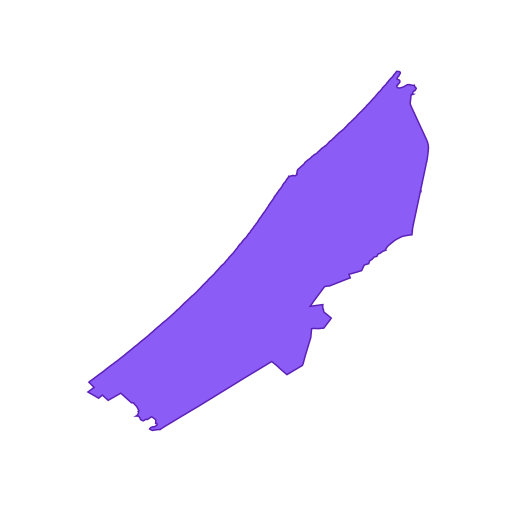 the district of Carnikavas pag., Carnikavas, Latvia, rotated 346°
{"feature_id": "27541924B94741323033452", "entity_name": "Carnikavas pag.", "entity_type": "district", "adm_level": 2, "iso_a3": "LVA", "parent_name": "Latvia", "parent_adm1": "Carnikavas", "projection": "equal_earth", "projection_center": [24.255, 57.126], "detail": "fine", "context": "isolated", "style": "filled", "palette": "violet", "viewbox_px": 512, "rotation_deg": 346, "n_neighbors": 0, "source": "geoboundaries", "source_scale": "gbopen_adm2", "svg_char_len": 6086}
<svg xmlns="http://www.w3.org/2000/svg" viewBox="0 0 512 512"><g transform="rotate(346 256 256)"><path d="M440.0,111.9L437.2,110.8L435.8,111.9L435.2,112.5L434.2,113.1L433.4,113.6L432.7,114.4L431.9,115.0L431.6,115.3L431.3,115.5L430.8,115.7L428.5,117.1L428.1,117.5L427.4,117.9L426.6,118.6L424.9,119.7L424.7,120.0L423.1,121.3L421.5,122.1L421.1,122.4L420.6,122.8L419.9,123.1L419.3,123.6L418.5,124.4L416.2,126.1L415.6,126.3L414.6,126.9L411.1,129.4L410.1,130.3L409.1,130.8L402.7,135.1L401.4,135.9L399.7,136.8L398.5,138.0L397.1,138.7L396.6,138.9L395.6,139.7L394.6,140.2L393.5,141.1L392.3,141.6L390.2,142.8L390.0,143.0L388.3,144.0L387.0,145.0L386.1,145.6L385.2,146.0L383.7,146.9L383.2,147.3L382.0,147.8L381.7,148.1L380.4,148.9L380.0,149.1L378.2,149.9L373.9,152.8L372.9,153.3L372.7,153.5L371.7,154.2L366.5,156.5L365.7,156.9L365.0,157.5L363.5,158.2L361.2,159.6L360.9,159.9L359.5,160.5L358.2,161.4L357.7,161.7L354.9,162.8L354.0,163.5L351.5,165.2L349.9,165.9L349.3,166.0L348.7,166.5L347.5,166.8L346.9,167.1L345.7,167.5L345.2,167.9L344.4,168.3L344.0,168.6L343.2,169.0L342.4,169.6L341.9,169.7L341.3,170.0L341.0,170.3L339.5,171.2L336.9,171.8L335.6,172.6L334.5,172.9L334.0,173.3L332.1,174.4L330.9,174.9L329.0,175.6L327.4,176.5L326.8,176.7L325.9,177.3L325.0,178.2L324.4,178.6L323.6,179.1L322.0,179.7L321.6,180.0L319.1,181.4L317.6,182.1L316.8,183.0L316.3,184.1L316.2,184.5L316.0,185.0L315.6,185.4L315.6,185.7L315.4,186.0L315.6,186.7L315.5,186.9L313.2,187.6L312.6,187.4L312.2,187.2L311.7,186.8L311.5,186.7L311.3,186.8L310.5,187.0L309.6,186.7L309.0,186.7L308.4,186.8L307.6,187.1L307.4,187.1L307.2,186.6L306.0,187.8L305.2,188.5L304.5,188.9L304.5,189.1L304.0,189.4L303.4,190.0L303.3,190.3L302.8,190.8L302.4,190.9L302.2,191.1L302.1,191.5L301.1,191.8L300.2,192.6L299.5,193.1L299.0,193.8L298.8,194.0L298.6,194.3L298.2,194.6L297.5,195.4L297.0,195.7L296.2,196.5L295.6,196.9L295.2,197.1L294.1,197.9L292.9,199.1L292.7,199.2L292.6,199.4L291.9,199.9L291.6,200.0L291.1,200.7L290.5,201.1L290.2,201.5L289.4,201.8L289.2,202.2L288.9,202.5L288.2,202.8L287.9,203.3L287.7,203.7L285.1,206.1L283.2,207.6L281.5,209.2L280.7,209.7L280.5,210.1L279.3,211.4L278.4,212.0L277.7,212.8L276.8,213.5L275.4,215.0L274.4,215.5L273.7,216.3L272.9,216.8L270.8,218.8L270.6,219.1L269.3,219.9L268.4,220.7L267.3,221.7L266.9,222.3L266.1,222.9L265.5,223.7L265.1,223.9L263.6,225.0L263.4,225.4L262.1,226.2L261.2,227.0L260.4,227.6L260.2,228.0L259.8,228.4L259.0,228.8L257.9,229.8L256.8,230.5L256.6,230.9L255.9,231.6L254.3,232.5L254.0,232.9L253.2,233.5L250.9,235.6L250.0,236.0L248.6,236.9L247.3,237.8L246.5,238.3L246.2,238.5L246.0,239.0L245.4,239.4L244.9,239.9L243.4,240.5L243.1,240.7L242.3,241.5L241.6,241.8L241.2,242.4L240.3,243.1L240.2,243.3L239.3,244.1L238.8,244.3L234.7,247.6L233.9,248.1L233.3,248.4L230.2,250.4L229.3,250.9L228.8,251.6L228.3,252.0L226.8,252.9L225.8,253.7L225.1,254.0L224.3,254.8L222.8,255.8L220.9,256.7L219.9,257.3L218.9,257.8L218.7,258.1L217.9,258.7L217.1,259.1L216.5,259.7L215.1,260.5L212.0,262.6L211.3,263.2L208.9,264.6L203.9,267.4L203.1,268.3L201.8,268.9L199.2,270.5L198.8,270.8L198.1,271.1L193.2,274.3L191.4,275.3L190.4,276.1L189.7,276.5L187.3,277.8L185.9,278.7L184.5,279.2L181.6,280.8L178.7,282.5L178.4,282.7L175.6,284.1L168.4,288.5L166.6,289.3L163.4,291.2L153.6,296.4L149.7,298.1L144.8,300.7L143.6,301.2L139.0,303.6L137.9,304.3L137.3,304.5L136.9,304.8L136.0,305.1L131.6,307.5L126.3,310.0L124.7,310.6L119.0,313.5L116.3,314.6L113.6,316.0L106.2,319.4L105.4,319.9L101.4,321.7L100.2,322.2L98.5,323.0L96.6,323.9L93.3,325.2L90.9,326.3L89.7,326.7L85.3,328.6L79.4,331.3L76.6,332.4L74.4,333.3L72.4,334.2L70.1,335.1L67.9,336.1L64.9,337.2L63.3,338.0L65.1,340.9L67.1,344.3L60.0,347.3L61.3,348.6L64.8,351.9L65.5,352.6L68.9,355.9L73.3,353.8L77.6,360.3L91.6,356.4L99.6,368.2L101.9,369.0L101.9,369.7L102.1,370.0L102.5,370.8L103.8,373.1L105.0,377.8L104.0,378.2L104.3,379.3L103.2,380.9L101.7,382.1L100.9,382.3L103.4,383.0L104.2,385.1L104.4,386.7L105.7,388.1L107.1,388.7L107.6,388.4L108.5,388.2L109.3,387.7L111.1,388.4L115.8,386.7L117.0,388.0L118.4,389.7L119.1,390.9L118.1,394.2L118.9,394.6L119.4,395.3L118.9,396.2L116.2,397.1L114.2,396.7L112.1,397.1L110.9,398.1L111.4,398.7L113.3,400.2L117.9,400.6L121.3,401.2L122.1,400.7L125.7,399.5L144.5,393.7L165.4,387.4L200.4,376.3L214.2,371.9L245.7,362.2L247.4,364.3L247.7,364.9L248.7,366.0L250.8,369.1L251.1,369.7L253.0,372.5L257.3,378.6L274.6,373.4L275.9,371.5L279.9,364.3L289.0,349.1L289.3,348.7L292.4,340.0L294.4,340.2L298.7,341.5L299.7,341.7L302.9,342.1L304.3,342.4L312.3,336.0L314.0,334.5L311.0,330.3L308.3,326.8L308.3,325.6L308.5,324.3L308.2,322.5L308.5,321.5L309.1,319.3L296.4,317.9L299.5,315.3L300.5,314.3L314.9,302.5L315.3,302.3L318.7,302.5L319.6,302.9L335.7,300.8L342.2,300.0L341.8,296.2L345.0,296.2L351.0,296.0L352.6,295.8L354.9,295.8L358.9,290.9L363.5,290.7L364.2,289.6L364.9,288.4L368.1,287.1L370.5,285.5L373.2,285.6L375.0,283.5L376.7,283.5L380.3,282.1L383.4,281.8L383.2,281.3L383.7,280.7L384.7,279.5L386.2,278.4L386.9,277.9L388.4,277.2L394.7,274.3L398.7,273.2L402.9,272.4L404.4,272.4L410.2,272.8L412.4,273.2L413.9,269.3L413.7,269.2L415.0,266.3L415.6,264.9L431.0,233.4L431.5,233.6L431.8,232.9L431.2,232.9L442.7,209.3L443.7,206.9L444.3,206.2L445.4,203.8L447.0,199.8L448.5,195.8L449.4,193.1L449.8,191.2L449.9,190.2L450.0,188.3L450.0,187.3L449.8,185.4L442.8,148.7L442.8,148.3L442.6,147.1L442.5,146.1L442.5,145.3L445.5,137.1L447.6,137.2L448.0,137.1L446.6,136.5L448.0,134.9L448.9,134.3L449.2,133.9L450.1,134.1L450.4,133.8L451.3,132.9L451.9,132.5L452.0,132.2L451.9,131.7L451.7,130.9L451.0,130.3L450.9,130.1L451.0,128.6L450.4,128.6L448.4,128.0L448.4,127.9L447.6,127.5L446.6,126.9L446.3,126.8L444.5,126.4L444.2,126.4L440.0,127.6L437.1,127.8L435.9,127.7L434.9,127.4L434.3,127.1L433.8,126.6L433.7,126.3L433.7,125.3L433.9,125.0L434.7,124.4L434.4,124.3L434.9,123.9L436.5,123.1L436.8,122.7L437.0,122.7L437.5,122.3L437.7,122.1L437.7,121.8L437.9,120.9L437.9,120.6L437.8,120.3L437.5,119.9L437.0,119.4L435.9,118.8L435.7,118.6L435.7,118.2L435.8,117.8L436.7,116.8L438.3,115.7L439.1,114.6L440.1,113.8L440.3,113.4L440.4,113.1L440.2,112.3L440.0,111.9Z" fill="#8b5cf6" stroke="#5b21b6" stroke-width="1.5"/></g></svg>